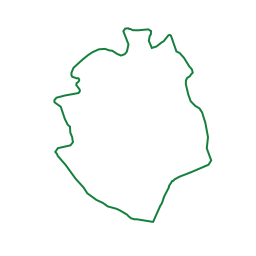 outline of San Rafael Las Flores, Santa Rosa, Guatemala, rotated 76°
{"feature_id": "79465075B42432820540382", "entity_name": "San Rafael Las Flores", "entity_type": "district", "adm_level": 2, "iso_a3": "GTM", "parent_name": "Guatemala", "parent_adm1": "Santa Rosa", "projection": "robinson", "projection_center": [-90.174, 14.448], "detail": "fine", "context": "isolated", "style": "outline", "palette": "green", "viewbox_px": 256, "rotation_deg": 76, "n_neighbors": 0, "source": "geoboundaries", "source_scale": "gbopen_adm2", "svg_char_len": 1440}
<svg xmlns="http://www.w3.org/2000/svg" viewBox="0 0 256 256"><g transform="rotate(76 128 128)"><path d="M225.1,126.3L211.4,115.6L209.2,113.3L203.1,109.4L195.3,102.5L194.4,102.5L190.1,97.9L190.1,96.6L189.1,95.2L187.7,89.8L186.1,77.2L183.1,58.7L179.5,55.1L166.8,56.5L156.3,52.6L141.8,51.7L131.0,52.3L126.3,53.9L122.8,57.4L117.2,60.7L110.0,61.4L99.6,61.3L95.9,60.3L93.8,58.6L92.6,55.2L91.4,54.1L90.0,51.8L86.6,51.8L83.2,53.6L73.5,56.7L67.8,59.7L65.4,62.5L48.7,64.0L47.8,65.0L47.8,66.3L52.5,72.5L53.0,74.4L55.8,80.7L56.1,85.5L48.4,86.7L43.9,84.6L42.7,83.2L39.5,82.2L37.2,84.5L35.6,94.8L34.2,99.8L32.5,101.7L32.3,102.8L31.3,103.5L30.9,106.8L33.0,109.1L46.9,107.3L52.3,109.9L53.8,110.8L55.6,113.4L56.0,117.2L53.6,120.5L49.1,124.7L48.3,127.2L45.7,131.1L44.6,137.2L45.9,144.3L47.6,149.1L50.6,155.5L53.0,160.0L56.4,166.3L60.7,169.5L63.2,170.1L64.8,169.7L67.5,165.6L67.6,164.3L68.9,163.6L70.1,163.9L70.9,164.6L71.7,166.0L72.0,167.0L73.9,167.8L78.9,165.6L80.6,165.8L82.1,167.5L81.2,181.5L81.3,190.1L83.2,192.7L84.9,193.1L86.0,192.5L91.1,188.1L103.9,187.1L110.2,185.7L112.7,184.0L118.6,185.1L123.3,184.4L128.5,184.9L130.9,188.0L130.6,200.9L133.6,204.3L136.3,203.1L138.1,202.9L148.9,197.4L164.6,191.1L175.0,185.5L181.5,183.3L190.2,176.0L194.7,170.4L199.2,166.6L203.6,158.7L206.1,155.7L211.2,150.5L211.8,149.9L212.8,149.3L213.7,148.9L216.4,146.8L218.2,143.7L218.7,141.5L224.8,127.3L225.1,126.3Z" fill="none" stroke="#15803d" stroke-width="2"/></g></svg>